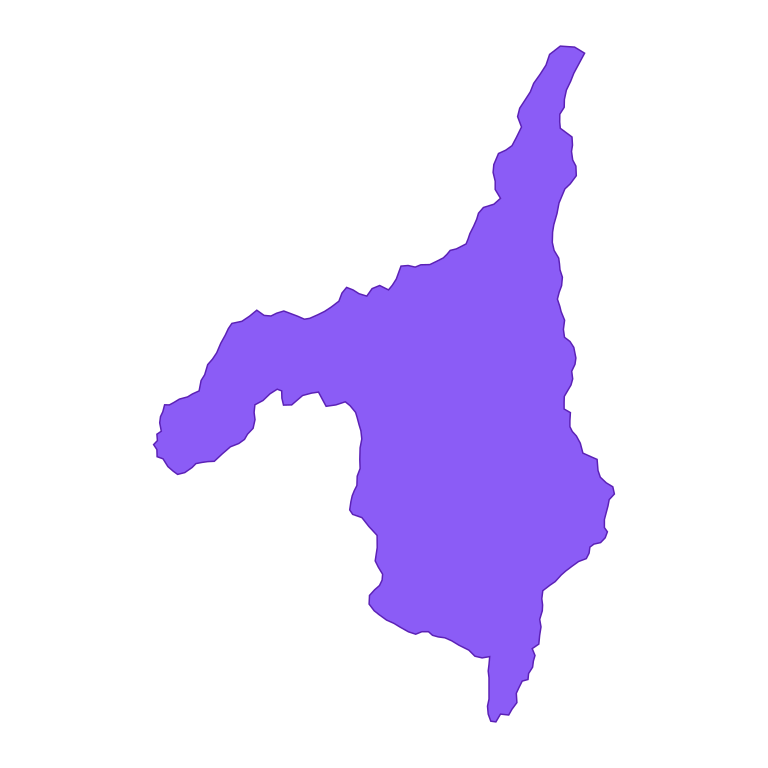 outline of Firminópolis, Goiás, Brazil
{"feature_id": "56859067B11608443354751", "entity_name": "Firminópolis", "entity_type": "district", "adm_level": 2, "iso_a3": "BRA", "parent_name": "Brazil", "parent_adm1": "Goiás", "projection": "natural_earth1", "projection_center": [-50.323, -16.626], "detail": "fine", "context": "isolated", "style": "filled", "palette": "violet", "viewbox_px": 768, "rotation_deg": 0, "n_neighbors": 0, "source": "geoboundaries", "source_scale": "gbopen_adm2", "svg_char_len": 3396}
<svg xmlns="http://www.w3.org/2000/svg" viewBox="0 0 768 768"><path d="M368.8,526.4L377.1,535.4L377.2,547.7L375.2,560.9L378.4,567.3L382.6,574.2L382.1,580.1L379.5,585.5L374.7,589.7L369.5,595.4L369.1,604.1L374.2,610.8L379.0,614.6L386.6,620.1L393.8,623.3L400.4,627.3L408.4,631.8L415.7,634.2L421.9,631.7L428.5,631.7L432.5,635.3L438.2,636.9L444.9,637.8L451.7,640.8L459.1,645.3L468.8,650.1L474.9,656.2L482.1,657.9L489.7,656.6L489.0,664.5L488.2,671.0L489.0,677.7L489.0,687.4L489.0,699.1L487.5,706.2L488.2,714.1L490.8,721.2L495.9,721.9L500.5,714.1L508.7,715.0L512.0,709.2L516.9,702.6L516.3,693.3L519.1,687.3L522.2,681.1L528.0,679.5L528.6,673.5L532.6,667.2L533.4,661.0L535.0,655.5L532.2,648.6L538.8,644.1L539.7,635.1L541.0,626.9L539.7,619.4L542.3,610.8L542.6,605.0L541.8,598.7L542.8,590.7L549.8,585.3L555.2,581.6L561.2,575.0L565.6,571.1L572.2,566.1L578.6,561.5L586.3,558.6L589.1,553.1L589.9,547.1L593.9,544.1L600.6,542.6L605.2,537.8L607.4,531.8L604.4,527.6L604.4,519.5L606.4,511.9L608.0,505.9L609.2,499.6L614.4,494.0L612.8,486.8L606.2,482.8L600.3,477.2L598.0,470.5L597.1,459.4L590.9,456.7L582.9,453.1L580.3,443.2L576.4,436.0L572.3,431.5L569.9,426.7L569.9,420.7L570.4,412.6L564.1,409.0L564.1,402.1L564.3,396.4L571.0,385.0L572.7,378.9L571.7,371.2L575.0,364.3L575.9,358.0L573.8,347.4L570.0,341.5L564.5,337.3L563.4,329.4L564.6,320.2L561.1,311.6L559.8,306.3L557.4,299.1L559.2,292.2L561.6,285.7L562.4,277.2L560.0,269.8L559.5,264.0L558.7,258.1L554.1,250.4L552.3,242.4L552.6,232.1L553.8,224.7L557.0,213.5L559.0,203.0L564.9,188.9L570.2,183.9L576.3,175.7L575.9,166.1L572.7,160.0L571.5,151.4L572.5,145.2L572.0,137.0L560.3,128.3L559.7,122.0L559.8,114.2L564.2,107.3L564.4,99.4L566.4,90.1L570.7,81.2L573.8,73.3L584.6,53.2L574.6,47.1L560.3,46.1L549.6,54.4L546.0,65.1L540.1,74.3L533.7,83.3L530.3,91.9L525.0,100.1L519.7,108.2L517.6,116.6L521.5,127.0L516.3,137.6L512.0,145.7L505.7,150.2L498.5,153.5L493.8,164.6L493.1,172.4L495.2,181.2L495.2,189.5L500.5,198.3L493.9,204.2L483.4,207.5L478.5,213.2L476.7,219.2L473.7,226.1L469.9,233.6L468.2,238.7L466.1,243.9L456.3,248.9L450.2,250.4L446.9,254.4L443.3,257.9L435.6,261.8L429.8,264.6L420.8,264.8L415.2,267.1L408.1,265.5L401.0,266.1L396.3,279.0L392.3,285.3L388.5,289.9L379.7,285.5L372.1,288.6L366.8,296.1L359.0,293.7L353.0,289.9L346.6,287.4L342.0,293.0L338.9,301.2L331.3,307.0L324.6,311.4L317.7,314.8L309.8,318.3L304.4,319.2L297.6,316.2L283.8,311.0L276.6,313.2L271.0,316.0L264.1,315.4L256.8,310.2L249.5,316.2L241.9,321.3L231.9,323.4L228.4,328.5L225.3,335.1L220.8,343.2L216.7,352.8L212.5,359.1L207.7,364.6L204.7,374.7L201.1,380.5L199.1,390.9L192.3,394.0L187.6,396.9L179.4,399.1L174.0,402.4L169.4,404.9L164.6,404.8L162.8,411.8L160.5,416.6L159.7,422.8L161.3,431.2L156.9,434.2L157.4,440.6L153.6,444.6L156.9,449.6L157.1,456.7L163.0,458.8L167.9,466.6L173.2,471.2L177.6,474.4L184.8,472.6L192.1,467.5L195.9,463.6L202.1,462.4L207.8,461.6L214.3,461.3L222.1,454.0L230.4,446.8L238.8,443.5L244.5,439.4L247.5,434.2L253.1,428.3L255.0,419.7L254.1,412.4L254.9,404.8L263.0,400.5L270.0,393.8L277.2,389.2L281.7,390.9L281.9,398.2L283.5,405.1L291.7,404.9L302.6,395.5L311.6,393.1L318.5,392.1L326.1,406.3L335.9,404.9L345.3,401.8L350.1,405.7L355.6,412.4L357.2,417.7L359.0,424.5L360.9,430.8L361.8,439.0L360.1,447.8L359.8,459.5L360.1,468.5L357.2,476.2L356.9,485.5L354.3,490.6L352.2,495.8L350.9,501.7L349.7,509.9L352.7,514.4L361.9,517.6L368.8,526.4Z" fill="#8b5cf6" stroke="#5b21b6" stroke-width="1.5"/></svg>